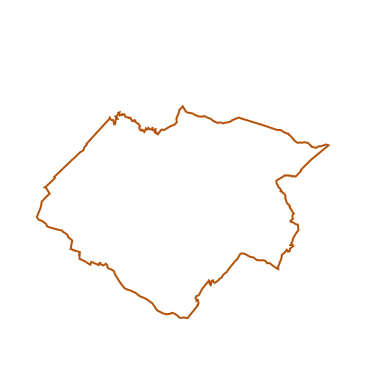 Micesti, Arges, Romania (Equal Earth projection), rotated 130°
{"feature_id": "2599482B37753295637725", "entity_name": "Micesti", "entity_type": "district", "adm_level": 2, "iso_a3": "ROU", "parent_name": "Romania", "parent_adm1": "Arges", "projection": "equal_earth", "projection_center": [24.848, 44.975], "detail": "fine", "context": "isolated", "style": "outline", "palette": "amber", "viewbox_px": 384, "rotation_deg": 130, "n_neighbors": 0, "source": "geoboundaries", "source_scale": "gbopen_adm2", "svg_char_len": 6002}
<svg xmlns="http://www.w3.org/2000/svg" viewBox="0 0 384 384"><g transform="rotate(130 192 192)"><path d="M305.4,265.4L305.2,263.7L305.0,262.9L304.9,260.5L305.1,259.2L306.0,258.2L306.2,255.8L306.1,254.8L306.1,252.6L313.7,248.4L312.6,245.8L312.9,245.7L310.1,239.3L311.6,238.7L312.6,238.1L312.2,237.8L313.7,236.8L315.5,235.1L314.0,229.9L313.1,223.2L310.2,224.2L307.9,216.5L305.9,217.3L305.7,217.0L305.3,216.5L305.6,216.1L305.7,215.3L305.7,213.4L305.6,213.1L305.1,212.7L303.3,212.1L302.3,211.9L302.8,209.4L304.1,208.5L304.2,206.7L303.2,204.1L302.8,201.4L303.0,200.4L304.3,198.8L307.2,190.1L308.4,185.6L309.0,181.3L308.4,179.2L306.9,175.5L305.6,170.7L305.3,164.6L304.3,161.9L303.3,157.9L302.8,150.9L303.8,146.9L304.8,144.4L305.0,142.0L303.7,136.5L302.2,133.2L300.2,131.1L298.9,130.2L297.7,130.0L296.5,127.7L296.0,123.5L296.4,121.5L295.6,119.6L294.8,118.7L293.5,117.8L291.4,114.3L274.8,114.7L274.7,115.3L273.5,115.3L272.8,115.7L270.9,118.2L270.9,118.4L271.0,118.7L271.4,118.9L272.1,118.9L272.0,119.0L271.6,119.9L271.3,120.6L271.0,121.2L269.9,121.6L269.2,121.7L268.1,121.3L267.5,120.8L266.4,120.5L260.2,121.8L258.8,122.0L249.9,122.0L249.0,122.2L249.1,121.7L250.4,120.3L251.2,118.7L251.3,117.8L250.7,118.0L250.1,118.5L249.5,118.6L248.8,119.3L248.3,119.5L247.4,119.8L247.2,119.8L246.2,119.2L246.3,119.0L246.7,118.7L246.8,118.1L247.1,117.7L247.1,116.3L244.9,115.5L242.1,115.0L240.9,115.1L240.0,114.9L238.5,114.3L236.5,114.7L235.2,114.8L233.2,114.5L231.0,113.9L227.6,114.4L224.4,114.5L216.5,114.5L214.7,114.2L213.8,114.2L208.7,115.2L207.3,114.7L206.0,112.8L205.3,111.3L204.6,106.8L204.0,105.3L202.5,102.5L202.6,101.2L202.4,98.5L199.9,95.0L198.4,93.5L197.8,92.3L197.7,90.6L198.4,88.7L196.6,86.9L196.4,81.4L195.9,77.6L195.7,76.5L195.6,76.3L194.0,78.0L193.4,78.2L192.6,78.3L190.3,79.1L189.1,79.8L187.6,80.0L186.2,80.5L185.5,80.8L182.8,82.5L182.2,82.7L181.3,82.6L179.6,82.2L178.7,82.1L177.4,82.1L176.7,82.3L175.3,82.3L175.9,80.2L174.7,79.9L174.8,79.7L174.9,79.3L174.6,79.2L174.4,79.2L172.4,80.3L172.1,80.6L171.6,80.7L171.9,80.5L171.1,80.2L168.6,79.8L168.8,80.4L167.9,80.9L168.5,81.7L169.3,82.5L165.5,83.2L164.0,84.0L162.5,84.8L162.0,84.9L158.4,85.5L152.5,86.1L149.0,90.0L149.7,91.3L150.1,92.6L150.2,94.5L150.7,96.1L151.3,96.6L150.9,98.0L147.5,97.5L146.6,99.1L145.7,99.8L144.7,100.1L143.0,100.2L143.1,101.2L141.7,104.6L141.5,106.0L140.9,107.4L140.6,107.7L139.9,107.7L139.7,108.9L139.4,110.2L139.7,110.7L139.4,111.5L139.3,112.5L138.9,113.3L137.3,115.4L137.0,116.2L136.6,116.9L135.4,117.4L134.8,118.2L134.2,119.5L134.0,120.6L134.3,121.3L134.3,122.1L133.9,123.5L134.0,124.0L134.4,124.2L134.6,124.6L134.1,124.8L133.5,124.7L133.2,125.3L132.7,127.0L132.9,128.3L132.4,129.1L132.2,129.8L131.6,130.6L131.3,132.4L129.6,134.3L128.9,134.7L127.5,134.1L125.4,133.5L123.6,132.7L121.1,132.0L120.2,131.9L119.0,131.0L119.2,130.6L117.4,129.1L117.4,128.3L116.8,127.9L116.2,127.1L115.7,125.9L115.8,125.2L114.5,124.4L114.2,123.9L114.0,123.1L113.6,122.5L105.6,122.0L105.0,122.8L90.5,121.5L68.5,117.4L68.7,118.0L69.5,120.0L74.0,122.5L74.7,123.4L76.0,124.6L77.3,124.8L78.1,125.1L78.7,125.8L80.0,128.7L80.5,129.7L80.3,130.4L80.0,131.1L80.1,132.3L79.8,134.1L80.2,135.2L81.4,137.5L82.0,138.3L83.7,139.5L84.3,140.8L84.8,141.1L86.1,142.4L86.5,142.8L86.8,147.0L86.3,147.9L86.3,149.2L86.2,150.3L86.0,151.1L85.7,151.9L85.7,152.9L85.9,153.8L85.9,155.0L85.3,155.7L85.4,155.9L86.0,156.7L86.4,157.6L86.4,158.0L87.2,160.2L87.2,162.1L87.5,163.5L88.2,164.8L89.2,165.8L89.9,167.1L95.6,181.6L104.7,203.2L104.9,203.9L105.3,204.4L106.1,204.6L107.1,205.1L108.1,205.9L108.8,206.3L109.7,206.4L111.1,207.4L113.2,207.8L115.6,209.2L117.1,210.8L119.2,212.0L119.5,212.5L120.1,214.3L121.3,215.9L122.6,216.8L123.2,218.3L123.4,219.8L123.9,221.1L123.9,225.2L124.7,226.7L125.9,231.2L128.3,233.3L129.9,235.7L130.6,238.2L131.0,238.8L131.2,239.8L131.3,241.6L131.7,242.5L133.6,245.7L134.2,247.4L134.2,248.9L133.5,250.3L133.1,252.1L132.4,253.7L132.4,254.2L134.8,254.2L137.3,254.4L137.9,254.1L139.1,253.3L145.5,251.3L148.4,248.5L151.8,248.7L154.3,250.2L157.5,251.5L162.4,253.2L162.9,253.9L163.4,255.1L164.8,255.7L167.3,255.3L168.7,255.2L168.7,255.5L169.0,255.7L169.3,255.8L169.8,255.6L169.8,255.9L169.6,256.3L169.8,257.3L170.0,257.5L169.2,257.7L169.9,259.0L167.3,260.2L167.6,260.5L169.2,261.0L169.8,261.4L169.9,261.9L169.7,262.3L168.3,263.2L168.2,263.5L168.3,263.6L168.9,263.4L169.4,263.4L170.5,263.7L170.8,264.2L171.2,264.8L171.2,265.6L171.1,266.2L171.0,266.6L171.0,266.8L172.6,266.3L172.9,266.4L173.2,267.0L173.0,268.1L174.3,267.6L176.7,267.2L176.4,268.1L176.4,268.6L176.6,268.9L176.2,270.0L176.7,270.5L177.6,270.4L177.7,271.0L177.4,272.5L176.8,273.7L176.4,274.0L175.5,273.9L174.9,274.2L174.7,275.0L174.6,276.0L174.3,276.6L174.3,277.5L174.6,278.1L174.6,279.4L174.7,280.5L174.6,280.9L173.7,281.5L173.8,281.9L174.1,282.4L174.7,282.7L175.2,282.7L175.6,282.9L176.2,283.4L176.1,283.8L175.3,285.0L175.4,285.9L175.2,286.2L174.7,286.7L174.8,287.1L175.8,287.7L176.1,288.0L176.1,288.3L175.7,288.7L176.6,289.9L176.7,290.0L177.0,290.4L177.2,291.3L177.0,291.7L176.8,291.9L176.5,292.4L176.3,293.1L176.0,293.6L176.0,293.9L176.8,294.5L176.8,295.3L177.1,295.4L177.7,295.3L178.0,295.0L178.4,295.9L178.9,296.1L179.8,296.5L179.2,297.8L178.1,298.4L177.5,298.7L178.8,299.4L179.6,298.5L181.1,298.5L182.6,298.7L183.2,299.1L183.3,297.4L183.6,296.3L183.8,296.0L184.7,297.5L189.3,294.6L189.8,294.7L190.2,295.0L189.8,295.7L189.2,295.6L189.0,296.0L189.0,296.5L188.4,296.9L188.3,297.6L187.7,299.0L188.7,300.2L188.7,300.9L187.9,302.7L189.3,302.3L213.3,303.4L223.1,303.7L223.4,303.1L223.9,303.0L226.5,303.1L227.2,303.0L227.7,302.9L228.6,302.4L229.3,302.2L230.0,302.2L231.1,302.3L233.1,303.2L243.7,304.3L244.1,304.5L253.1,305.5L269.2,307.2L269.4,306.0L277.0,306.8L281.9,307.4L283.0,307.7L282.7,307.1L282.7,306.6L282.9,305.5L283.8,302.8L284.3,301.7L284.7,300.0L286.6,300.3L295.6,300.9L296.6,300.7L297.6,299.9L299.1,299.0L300.9,298.1L302.7,297.4L310.7,294.9L311.8,292.1L310.4,287.5L310.4,282.7L311.5,281.1L310.3,277.6L306.2,268.8L305.1,267.0L305.4,265.4Z" fill="none" stroke="#b45309" stroke-width="2"/></g></svg>